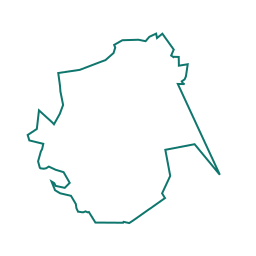 the district of Tepache, Sonora, Mexico, rotated 99°
{"feature_id": "50627088B68424224949778", "entity_name": "Tepache", "entity_type": "district", "adm_level": 2, "iso_a3": "MEX", "parent_name": "Mexico", "parent_adm1": "Sonora", "projection": "robinson", "projection_center": [-109.507, 29.486], "detail": "fine", "context": "isolated", "style": "outline", "palette": "teal", "viewbox_px": 256, "rotation_deg": 99, "n_neighbors": 0, "source": "geoboundaries", "source_scale": "gbopen_adm2", "svg_char_len": 1266}
<svg xmlns="http://www.w3.org/2000/svg" viewBox="0 0 256 256"><g transform="rotate(99 128 128)"><path d="M49.9,89.0L50.5,93.8L50.9,94.1L49.7,96.7L43.4,95.1L29.5,108.8L34.6,113.4L30.4,115.0L34.6,121.2L39.5,124.2L39.2,131.5L42.2,147.3L48.1,154.7L50.5,153.2L56.2,154.0L64.5,160.9L66.6,164.7L66.7,164.9L78.1,184.7L84.6,205.5L97.2,201.7L102.4,200.5L115.4,195.7L124.8,197.6L135.9,201.7L134.6,203.3L124.5,218.7L131.2,218.4L143.2,217.9L150.6,226.0L155.7,223.5L156.9,209.2L162.1,209.5L164.8,210.4L175.0,211.6L181.0,208.9L181.5,208.2L181.4,204.9L180.6,202.6L178.5,200.2L180.6,192.9L181.0,189.8L181.7,184.7L191.3,177.0L197.0,181.1L196.5,190.4L194.0,192.2L192.8,195.2L200.9,190.3L203.1,184.8L203.9,173.7L211.3,167.6L215.3,166.4L218.5,164.2L218.4,163.8L218.4,163.7L218.4,161.5L218.4,160.9L218.3,159.1L217.0,156.9L217.6,154.7L217.1,153.5L226.5,145.4L222.6,119.7L222.3,118.0L221.4,117.7L221.7,111.9L218.4,108.3L215.8,105.6L215.3,105.1L204.5,94.0L204.0,93.4L191.4,80.5L191.1,80.8L190.9,81.0L187.2,84.1L169.4,79.0L168.6,78.8L167.9,79.1L144.6,87.4L144.3,87.5L143.7,87.7L133.6,59.7L139.7,52.8L159.3,30.6L159.8,30.0L132.1,48.6L76.7,85.7L75.8,79.0L75.3,80.8L73.5,82.2L71.1,79.7L68.1,78.9L63.7,78.9L55.7,79.0L58.5,87.5L49.9,89.0Z" fill="none" stroke="#0f766e" stroke-width="2"/></g></svg>